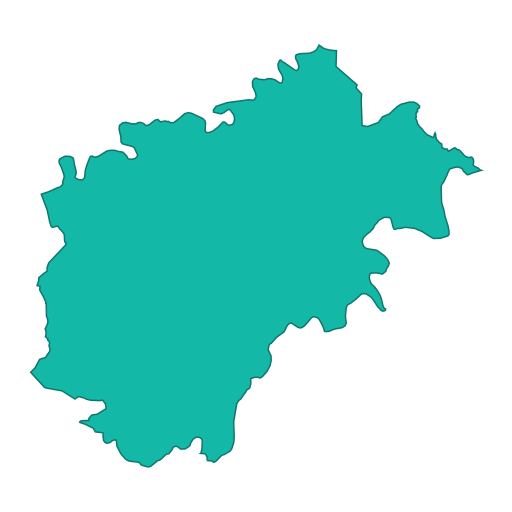 Chapulhuacán, Hidalgo, Mexico (Natural Earth projection)
{"feature_id": "50627088B31235975347334", "entity_name": "Chapulhuacán", "entity_type": "district", "adm_level": 2, "iso_a3": "MEX", "parent_name": "Mexico", "parent_adm1": "Hidalgo", "projection": "natural_earth1", "projection_center": [-98.94, 21.126], "detail": "fine", "context": "isolated", "style": "filled", "palette": "teal", "viewbox_px": 512, "rotation_deg": 0, "n_neighbors": 0, "source": "geoboundaries", "source_scale": "gbopen_adm2", "svg_char_len": 5980}
<svg xmlns="http://www.w3.org/2000/svg" viewBox="0 0 512 512"><path d="M481.3,170.3L480.4,170.1L478.2,168.2L474.3,166.2L473.2,164.8L473.7,161.3L473.4,159.6L472.5,157.9L471.6,157.1L468.4,157.6L464.9,156.1L460.0,150.6L458.7,149.8L456.6,149.5L456.2,148.5L454.6,147.7L448.6,151.3L447.7,150.2L447.4,149.1L445.2,149.1L443.6,148.5L442.1,147.3L441.6,143.8L439.8,142.9L436.6,139.4L435.6,136.0L435.7,134.6L435.1,134.4L435.4,133.5L435.1,132.9L434.1,135.1L434.2,136.0L433.3,137.6L427.1,134.7L424.8,132.5L421.6,128.5L419.1,126.1L418.4,124.7L417.6,124.4L417.4,122.2L416.8,121.5L416.8,120.6L415.6,118.3L416.3,117.4L415.9,114.6L416.2,114.3L416.2,112.5L417.5,111.8L417.7,111.2L417.2,109.8L417.7,108.8L418.9,108.4L419.7,106.9L419.5,106.0L417.2,103.8L413.9,102.1L409.2,102.1L400.9,104.3L397.0,106.8L389.3,114.0L382.6,116.7L378.4,122.5L367.6,126.5L362.1,125.6L361.2,100.3L361.6,94.0L356.0,87.8L357.1,84.9L336.0,66.5L336.5,50.7L330.7,50.2L325.3,49.0L323.1,48.0L319.1,45.1L316.5,49.9L313.1,52.0L309.0,53.3L300.3,53.6L296.3,54.7L295.5,56.2L295.7,58.7L297.3,61.7L298.8,66.1L298.4,68.7L297.5,70.1L296.5,70.5L295.1,70.2L284.1,62.5L282.6,62.0L280.9,60.1L279.7,60.3L278.0,63.9L278.0,65.5L278.6,69.2L282.3,75.7L282.9,78.6L282.4,81.7L281.7,82.7L280.1,83.2L275.1,79.9L271.7,78.8L267.9,78.6L265.5,79.6L263.8,79.7L258.6,79.2L256.4,78.1L255.0,78.3L253.9,79.0L252.4,81.7L252.7,86.7L255.3,92.2L256.1,95.6L256.0,97.1L254.3,99.7L252.7,100.1L248.4,99.8L227.3,102.6L216.2,106.3L213.4,110.0L213.5,112.1L220.9,113.9L224.0,112.6L227.8,109.7L229.0,109.3L230.4,110.3L233.4,114.3L234.4,117.1L234.5,119.6L233.7,122.8L232.2,124.5L228.8,125.3L227.5,124.7L225.7,122.7L224.2,122.0L223.0,122.0L218.2,127.0L213.1,130.9L210.4,132.2L207.2,132.7L205.5,131.7L205.2,130.4L205.5,123.1L205.1,121.0L203.6,119.3L202.3,118.3L191.7,113.3L188.3,112.7L184.7,113.6L178.9,118.8L173.5,122.7L170.3,122.6L168.3,121.4L167.1,121.6L165.6,121.0L160.6,121.7L159.4,121.2L158.2,119.6L156.9,119.6L154.6,120.4L149.4,124.6L146.9,125.5L145.7,125.4L143.6,123.5L140.4,122.4L137.8,122.6L136.9,123.5L135.6,123.8L131.4,123.9L129.5,123.1L126.7,122.8L126.2,122.3L122.9,122.8L119.6,125.2L119.2,127.3L119.2,130.0L120.8,136.5L121.1,142.2L122.4,143.7L123.3,144.1L131.7,146.3L134.2,147.5L137.7,155.2L136.9,156.8L135.1,158.5L132.2,159.2L129.0,159.1L128.0,158.7L126.8,156.1L123.0,152.2L117.2,151.2L115.6,150.5L112.3,150.2L108.3,150.6L106.4,151.3L98.7,156.1L95.9,157.1L93.8,157.0L92.1,156.0L90.9,156.2L89.9,157.3L87.0,164.7L85.3,170.2L84.6,177.6L82.6,179.9L81.4,179.9L77.8,179.4L75.3,177.8L75.1,176.5L76.2,173.4L76.1,171.2L74.4,164.3L73.5,159.0L73.0,157.8L69.9,156.4L65.0,156.2L60.0,158.8L59.4,159.6L59.0,161.2L59.4,163.5L61.3,167.1L63.9,174.7L64.2,177.0L62.9,181.3L62.5,184.6L60.2,186.9L57.1,187.9L49.0,191.6L41.3,194.2L47.2,210.0L49.6,221.5L51.0,226.1L52.3,227.4L57.7,226.0L59.6,228.9L61.3,230.4L63.8,233.5L64.3,235.0L64.5,240.0L64.9,242.1L65.9,242.8L65.6,243.9L65.9,244.7L48.7,262.9L47.0,267.8L47.2,271.1L43.7,273.5L38.8,277.7L38.7,280.5L37.1,285.5L40.1,286.4L39.7,289.9L43.3,296.5L45.8,302.0L46.0,302.8L45.7,303.5L46.2,303.7L46.5,316.5L47.3,317.9L48.0,322.1L46.8,325.6L45.2,328.8L46.1,332.1L45.9,335.4L45.4,336.7L47.7,338.8L47.7,340.0L49.2,341.7L49.6,343.1L49.0,345.6L50.1,349.8L49.4,351.8L46.8,355.3L45.8,357.3L39.6,359.4L35.2,367.7L30.7,372.3L44.4,387.3L45.7,387.9L62.1,390.9L75.0,399.0L77.8,396.9L79.5,396.7L84.7,398.2L86.1,399.1L90.5,400.2L99.0,400.6L102.7,400.2L105.4,403.9L106.1,407.4L105.6,409.0L97.1,414.2L91.7,415.1L88.9,418.4L88.8,420.4L81.1,420.8L80.1,421.4L79.7,422.4L84.8,424.1L93.3,428.2L95.3,431.9L102.9,432.8L103.3,434.2L102.9,435.9L103.7,440.7L105.0,442.4L106.1,443.1L108.1,443.1L110.6,442.2L111.4,441.2L114.3,439.9L116.3,440.2L116.9,446.1L119.9,452.0L121.6,454.8L125.6,459.1L127.4,460.4L129.8,461.2L138.4,462.2L140.0,463.2L140.8,464.6L142.5,465.5L147.9,466.9L149.7,466.7L151.4,465.8L157.6,460.7L159.8,460.0L161.7,458.6L166.2,454.2L168.9,453.7L171.9,449.9L173.4,446.9L176.0,446.3L177.6,446.7L180.7,449.1L185.2,448.9L189.2,446.3L190.1,445.2L190.9,442.6L193.1,439.2L196.3,437.1L197.9,437.1L199.7,437.5L201.8,439.1L202.3,441.5L201.9,449.7L201.2,451.6L201.3,452.7L200.5,453.4L204.8,453.8L205.7,454.4L207.1,457.0L207.1,459.5L207.5,460.6L212.1,461.0L213.6,462.2L214.1,462.2L215.9,461.3L221.9,455.2L224.3,454.5L230.1,451.1L231.7,448.9L233.8,442.3L234.2,437.5L233.7,421.6L236.8,403.6L238.7,400.6L240.9,398.9L244.8,393.1L245.2,393.0L246.8,390.0L249.7,388.1L250.9,383.4L250.6,378.7L254.7,377.3L257.5,377.2L259.9,378.0L261.2,377.5L262.8,376.2L267.0,371.4L270.2,365.3L271.2,360.2L271.0,355.7L268.1,349.7L269.2,344.3L271.1,343.5L276.5,337.4L283.6,332.2L284.6,331.0L286.9,326.2L288.1,324.5L289.9,323.2L291.4,323.0L297.6,327.1L300.3,328.0L301.9,327.6L304.6,325.8L310.9,318.5L312.4,317.2L313.7,316.7L316.9,317.5L319.0,319.0L322.3,325.1L323.9,328.9L324.3,331.1L325.3,331.6L328.9,331.4L334.0,329.2L342.3,327.6L345.0,325.8L346.3,323.1L345.4,316.5L346.2,308.1L346.9,305.9L347.7,304.7L350.4,303.4L355.6,299.4L361.4,294.1L363.5,293.7L365.9,293.7L370.2,296.5L372.4,298.6L377.4,306.2L381.3,310.6L382.6,311.1L383.7,311.0L384.8,310.7L385.4,310.1L385.6,309.1L384.0,308.0L383.0,305.8L381.3,298.6L380.0,295.2L377.4,290.6L374.8,287.2L371.2,283.7L369.5,279.3L369.2,276.9L370.1,273.8L371.3,273.1L376.8,272.9L382.3,274.1L385.7,271.5L386.8,268.2L388.4,266.0L389.3,263.1L387.5,259.4L384.7,256.1L377.9,250.9L376.1,250.1L367.0,248.7L364.8,247.6L363.3,245.7L362.2,241.8L362.6,239.7L363.8,237.3L367.1,234.0L369.9,232.0L373.3,228.3L374.8,225.1L377.4,222.4L378.5,220.5L384.3,217.3L389.2,217.5L390.6,218.4L391.2,219.7L393.1,227.3L394.1,229.2L394.9,229.5L397.6,228.4L399.9,228.5L405.2,227.3L414.4,228.3L422.1,231.5L431.6,237.6L433.9,238.5L440.7,238.2L447.9,235.9L449.1,234.3L448.9,230.2L448.0,225.9L445.1,216.6L443.7,209.4L441.9,203.8L441.5,201.1L441.2,187.8L441.3,185.9L441.9,184.3L443.8,181.8L447.4,174.2L448.2,171.8L450.0,168.8L455.2,167.3L458.2,167.0L461.8,168.5L462.6,169.2L463.2,170.9L467.2,174.7L469.0,174.5L472.0,173.1L481.3,170.3Z" fill="#14b8a6" stroke="#0f766e" stroke-width="1.5"/></svg>